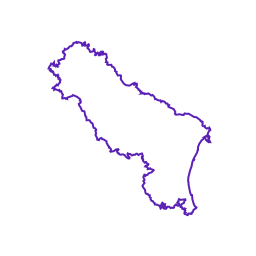 outline of Emilia-Romagna, Bologna, Italy, rotated 29°
{"feature_id": "23120603B93883326437068", "entity_name": "Emilia-Romagna", "entity_type": "district", "adm_level": 2, "iso_a3": "ITA", "parent_name": "Italy", "parent_adm1": "Bologna", "projection": "mercator", "projection_center": [11.577, 44.436], "detail": "fine", "context": "isolated", "style": "outline", "palette": "violet", "viewbox_px": 256, "rotation_deg": 29, "n_neighbors": 0, "source": "geoboundaries", "source_scale": "gbopen_adm2", "svg_char_len": 5792}
<svg xmlns="http://www.w3.org/2000/svg" viewBox="0 0 256 256"><g transform="rotate(29 128 128)"><path d="M29.7,114.5L32.1,114.0L32.7,114.7L32.1,115.6L33.6,115.9L34.2,115.7L34.5,114.9L35.1,114.9L35.6,115.8L36.0,115.7L37.5,117.3L38.5,116.7L39.6,117.4L40.1,116.3L40.8,116.3L41.0,115.5L41.8,116.1L41.9,117.5L42.9,118.1L43.5,117.7L43.6,118.6L44.6,118.2L45.7,118.7L45.5,119.8L46.5,121.0L45.9,123.3L46.0,124.7L44.5,124.7L44.6,125.8L44.0,126.6L43.9,127.8L42.9,128.8L42.8,129.7L44.6,129.2L45.0,130.4L45.9,129.2L49.0,128.9L49.4,128.0L50.5,128.3L50.8,129.0L51.8,128.2L53.7,130.0L54.8,130.2L55.8,133.6L56.3,134.0L58.2,132.4L59.6,132.6L59.7,131.9L60.6,131.9L60.2,131.3L60.4,130.6L63.7,127.0L63.9,125.9L68.4,125.4L72.3,126.1L72.6,127.4L73.7,127.4L74.1,128.2L74.3,128.8L73.3,130.7L74.4,131.9L77.1,133.3L79.3,135.2L81.8,134.6L84.4,137.7L85.1,137.9L85.5,138.7L86.4,138.8L88.0,141.3L90.3,139.9L90.9,140.0L92.9,141.2L94.7,141.2L97.8,144.5L99.6,144.2L100.7,144.8L101.2,145.3L100.8,146.2L102.5,147.9L102.9,148.6L102.7,149.1L103.0,149.9L105.9,151.8L106.7,153.1L108.5,152.7L108.3,151.2L109.6,149.6L110.8,150.3L112.3,149.8L115.7,150.1L116.7,151.6L118.0,152.2L118.4,152.8L120.7,153.6L120.9,154.4L122.4,154.3L123.3,154.8L124.1,155.9L123.7,156.9L124.3,157.2L126.8,155.1L128.0,152.5L129.6,151.3L130.1,151.4L130.1,152.3L129.5,152.6L129.4,153.4L130.5,154.5L132.0,154.6L132.0,155.0L134.2,155.1L136.4,153.5L138.1,153.3L140.9,154.4L143.0,154.5L143.2,154.0L143.9,153.9L143.7,153.1L141.5,152.2L140.1,151.0L140.1,150.3L141.1,150.4L142.5,149.7L144.8,150.1L145.8,149.0L145.7,148.7L147.2,148.0L147.6,146.6L148.3,146.1L150.3,146.6L151.1,145.0L152.6,143.5L154.3,145.0L154.5,145.7L154.0,146.4L154.7,147.5L155.1,147.1L155.2,147.7L156.1,147.8L156.4,148.1L156.0,148.4L157.2,149.5L159.4,150.2L159.9,149.2L160.5,149.0L161.0,149.6L163.4,149.8L163.4,150.9L162.7,151.3L162.6,152.3L161.8,152.5L161.7,153.3L163.2,152.8L164.8,153.4L165.2,154.4L166.7,153.2L166.9,152.5L168.3,152.8L170.5,152.3L171.0,152.6L170.1,155.3L167.9,157.9L167.8,159.3L167.1,160.4L165.7,160.6L166.1,161.6L165.2,161.6L165.5,162.1L165.0,162.8L165.5,163.9L167.6,165.3L167.2,167.0L169.1,168.0L168.6,171.4L169.9,172.5L172.8,173.8L174.6,176.1L175.9,176.7L177.3,176.1L178.3,176.7L179.7,176.3L180.2,177.8L181.8,178.1L182.1,179.2L183.9,180.3L185.0,179.9L187.0,180.9L187.6,180.7L188.6,181.9L190.6,180.9L192.5,181.0L193.7,180.2L194.2,181.4L195.5,182.6L196.3,180.7L197.4,180.5L198.3,181.1L198.8,180.9L198.5,180.7L198.8,180.4L200.4,180.1L200.7,178.3L200.3,178.2L200.5,177.8L202.2,176.9L204.1,177.4L205.0,176.3L206.1,176.2L206.8,175.3L206.3,173.9L206.9,171.8L209.4,171.9L210.4,170.3L209.2,169.2L207.8,169.8L207.3,169.5L207.3,168.0L207.7,167.3L207.1,166.3L207.1,165.4L208.9,165.3L212.7,162.6L213.2,163.2L212.7,164.2L213.2,166.5L212.0,168.3L211.7,171.0L212.3,171.7L213.4,171.1L214.7,172.4L215.8,172.0L216.0,171.0L217.3,170.8L217.3,172.4L218.1,172.5L218.2,173.9L219.0,174.0L218.5,174.6L218.7,175.3L219.2,175.7L221.2,175.2L221.9,175.5L222.5,175.2L222.2,174.3L222.5,173.3L224.8,172.7L225.3,172.0L224.7,171.2L225.4,170.0L225.0,167.8L226.5,164.9L226.3,164.2L224.5,164.1L222.8,163.0L218.9,159.2L216.6,155.7L215.7,156.1L213.6,154.3L208.4,148.1L207.1,145.9L206.5,145.6L204.7,141.9L202.8,134.7L202.2,130.8L200.7,126.2L200.5,124.4L202.1,123.7L200.8,124.2L200.7,123.5L202.1,123.5L200.5,123.5L200.3,122.9L200.3,115.9L199.6,113.3L199.8,113.2L198.5,110.8L198.0,107.3L198.4,102.9L200.5,98.6L199.4,99.7L200.0,98.6L199.2,98.9L200.4,96.8L202.2,96.6L205.3,100.6L206.1,100.8L205.5,101.1L204.4,100.9L202.8,100.3L202.7,100.3L204.1,100.8L203.9,101.0L202.1,100.5L202.5,100.9L205.5,101.3L206.7,100.5L204.3,98.8L203.5,96.1L201.0,95.3L200.5,94.3L200.3,91.4L201.0,90.0L200.0,88.8L199.2,89.2L198.9,88.8L198.8,89.4L197.9,89.4L197.1,90.4L195.1,90.1L194.1,88.9L193.4,89.8L192.6,90.0L191.7,89.6L191.1,87.6L190.2,87.2L190.1,86.6L189.4,86.9L189.1,86.4L188.1,86.7L187.3,86.1L182.6,85.4L180.5,86.3L174.0,86.1L172.7,87.1L170.6,87.7L170.3,88.4L170.5,89.4L169.9,90.0L166.5,91.0L163.5,93.1L162.2,92.9L161.6,91.0L158.8,89.3L153.1,89.9L152.8,89.3L152.9,88.1L151.5,88.4L151.4,87.9L150.2,87.6L149.1,88.2L147.4,87.3L145.0,87.7L144.4,89.2L143.0,88.1L142.5,88.6L140.4,89.2L138.2,89.1L137.7,89.6L135.8,87.9L133.4,87.2L132.6,88.3L129.1,87.8L127.5,89.4L126.5,89.5L126.0,90.4L124.7,90.2L123.2,91.2L123.6,90.4L122.5,90.8L121.8,90.3L121.8,89.8L120.9,90.2L120.1,89.3L118.6,89.5L118.3,88.8L115.1,88.3L115.3,87.2L115.0,85.9L114.2,85.0L113.3,85.5L113.3,86.4L112.4,87.3L112.0,87.0L112.4,86.3L111.9,85.4L110.6,86.9L108.7,90.3L105.3,91.5L102.7,91.2L98.1,88.9L96.5,85.6L95.6,85.7L93.6,87.0L91.0,85.3L90.8,84.4L89.1,84.5L88.1,82.9L85.6,81.7L84.3,82.1L82.8,80.8L79.8,82.6L79.0,82.5L78.4,80.6L76.7,81.1L76.5,79.7L75.1,78.4L75.5,76.8L73.1,73.9L72.3,73.9L70.3,76.1L69.4,76.5L69.1,76.1L69.9,74.4L69.6,73.7L69.1,73.4L67.3,74.4L67.1,75.4L68.4,76.8L68.2,78.0L67.3,78.5L66.2,77.0L64.9,76.8L64.6,77.7L64.7,79.5L64.1,80.2L63.7,80.1L63.6,78.2L61.7,77.3L60.5,75.5L59.8,75.6L60.3,77.5L60.0,78.2L58.1,79.8L55.9,78.2L53.7,77.7L53.5,77.2L54.0,75.2L53.4,74.0L52.8,73.9L52.4,75.6L51.0,76.5L51.0,76.1L50.1,76.1L49.3,74.3L48.7,73.9L48.2,74.8L49.0,77.1L48.1,78.1L46.2,76.2L42.8,77.0L42.6,77.9L41.3,77.8L41.4,78.5L40.7,78.5L39.1,80.3L39.4,81.1L39.0,82.5L39.3,82.8L38.7,84.1L37.7,84.5L37.1,86.3L37.2,87.0L36.5,87.8L36.3,88.7L35.5,89.5L34.4,89.5L34.9,90.5L33.9,92.5L34.7,92.9L34.6,93.5L34.9,93.7L36.3,93.7L36.8,94.4L37.4,94.4L37.8,96.9L38.6,98.2L38.1,99.0L36.3,100.0L36.1,101.2L34.3,102.5L34.5,103.3L36.9,105.0L35.6,107.3L36.5,108.5L35.3,108.7L35.0,109.3L33.3,108.9L32.9,109.3L32.6,108.1L31.5,106.5L31.4,107.6L32.0,108.8L29.6,108.9L29.9,110.9L29.5,111.6L29.7,114.5ZM194.3,176.7L196.7,177.2L197.4,176.7L198.2,178.5L196.5,178.6L195.7,179.6L195.0,179.3L194.1,177.8L194.3,176.7ZM34.7,107.3L34.6,107.7L35.3,107.5L34.7,107.3Z" fill="none" stroke="#5b21b6" stroke-width="2"/></g></svg>